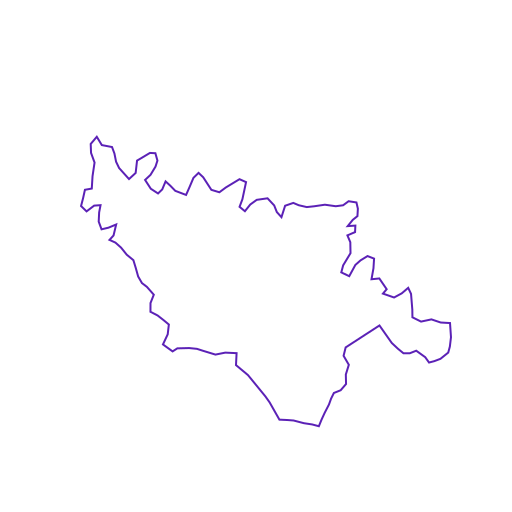 Nova América da Colina, Paraná, Brazil (Natural Earth projection), rotated 327°
{"feature_id": "56859067B8703286216332", "entity_name": "Nova América da Colina", "entity_type": "district", "adm_level": 2, "iso_a3": "BRA", "parent_name": "Brazil", "parent_adm1": "Paraná", "projection": "natural_earth1", "projection_center": [-50.702, -23.335], "detail": "fine", "context": "isolated", "style": "outline", "palette": "violet", "viewbox_px": 512, "rotation_deg": 327, "n_neighbors": 0, "source": "geoboundaries", "source_scale": "gbopen_adm2", "svg_char_len": 2055}
<svg xmlns="http://www.w3.org/2000/svg" viewBox="0 0 512 512"><g transform="rotate(327 256 256)"><path d="M129.8,279.5L134.1,290.6L139.7,290.6L149.8,296.8L155.9,301.7L159.9,306.6L168.3,316.6L177.6,320.3L186.8,326.9L179.8,336.6L184.4,351.5L187.4,378.8L187.7,386.1L186.5,406.0L192.9,410.6L197.9,414.4L205.1,422.3L211.4,427.9L216.0,433.0L221.9,428.9L228.4,424.8L236.3,420.3L241.3,416.5L246.7,413.3L253.9,414.7L261.8,412.4L266.8,404.3L274.6,397.8L275.1,387.4L281.4,381.5L321.7,381.5L322.5,402.9L324.5,411.0L326.7,417.9L331.9,421.3L338.8,422.7L342.8,433.0L343.1,439.6L348.3,441.3L354.7,442.7L364.6,441.7L369.2,437.6L375.3,430.3L382.2,417.9L374.7,412.4L368.6,404.7L358.7,400.9L353.8,392.6L357.9,386.1L365.4,372.2L366.3,365.6L357.9,366.7L349.2,366.0L342.0,356.7L347.5,355.0L347.2,342.0L340.2,338.4L347.8,330.3L353.6,322.5L349.5,316.8L341.3,316.6L334.5,317.6L323.2,323.7L318.6,316.2L324.0,311.3L336.8,305.1L342.6,295.8L343.9,288.5L352.1,289.9L355.9,284.6L349.2,280.9L356.8,278.4L362.8,277.8L367.2,271.8L369.4,265.8L363.5,260.5L356.7,260.9L350.0,257.7L341.7,250.5L331.9,246.0L325.2,242.6L319.5,236.7L316.2,231.8L307.8,229.7L298.5,237.3L297.4,230.5L298.8,223.5L297.1,213.9L287.2,209.3L279.2,209.7L271.1,212.4L269.0,205.8L275.5,201.0L287.9,188.6L284.0,182.6L268.1,182.1L260.0,182.6L254.6,176.2L254.6,161.2L253.1,155.0L246.1,156.4L237.8,162.0L230.6,166.7L223.8,157.4L222.4,150.3L220.8,144.2L213.6,149.1L207.9,150.2L204.4,142.3L204.4,131.8L211.7,130.5L220.4,126.3L225.3,122.3L227.6,115.0L223.2,111.8L208.2,111.2L200.3,120.8L191.4,122.3L189.1,107.7L190.0,100.7L193.1,92.9L194.6,86.2L187.1,79.0L187.4,69.3L178.4,72.0L173.8,79.7L171.5,89.7L162.4,100.0L155.0,110.0L148.6,107.3L142.6,113.2L136.5,118.8L138.2,126.3L147.7,125.6L153.3,128.7L148.2,134.0L142.8,141.5L141.0,149.5L147.7,151.9L155.9,153.4L147.7,161.2L141.9,162.7L145.4,168.2L147.4,175.5L148.3,184.5L150.9,192.7L148.6,200.7L146.0,209.0L145.6,216.6L147.7,222.5L149.2,232.8L141.9,238.0L137.1,245.3L141.1,252.3L143.6,259.6L145.6,266.0L139.3,273.6L129.8,279.5Z" fill="none" stroke="#5b21b6" stroke-width="2"/></g></svg>